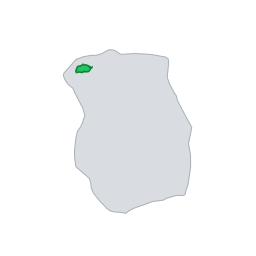 Qomoqomong, Quthing, Lesotho (highlighted), rotated 121°
{"feature_id": "5366337B91724059499872", "entity_name": "Qomoqomong", "entity_type": "district", "adm_level": 2, "iso_a3": "LSO", "parent_name": "Lesotho", "parent_adm1": "Quthing", "projection": "robinson", "projection_center": [27.812, -30.459], "detail": "fine", "context": "in_parent", "style": "filled", "palette": "green", "viewbox_px": 256, "rotation_deg": 121, "n_neighbors": 0, "source": "geoboundaries", "source_scale": "gbopen_adm2", "svg_char_len": 3284}
<svg xmlns="http://www.w3.org/2000/svg" viewBox="0 0 256 256"><g transform="rotate(121 128 128)"><path d="M163.2,167.6L157.0,169.6L156.2,169.7L152.2,169.3L147.0,169.7L142.8,170.8L139.6,171.3L134.3,177.0L124.8,192.4L122.3,195.7L121.5,201.7L119.3,206.5L116.6,210.3L114.0,211.2L106.0,209.7L95.9,207.8L90.0,203.1L84.7,197.0L81.9,192.5L79.0,190.1L78.0,188.7L73.9,186.7L72.3,185.6L70.9,184.8L69.2,181.9L68.3,179.3L68.6,172.1L65.7,167.9L60.7,160.6L57.5,154.6L53.2,146.4L50.5,139.4L47.8,132.2L48.1,129.1L50.7,127.0L58.4,123.3L64.4,120.5L68.7,115.3L73.3,107.7L75.6,103.0L77.9,100.9L80.3,97.6L84.7,90.4L89.5,82.4L94.6,73.7L101.2,71.2L110.0,68.3L118.6,60.8L128.8,54.4L145.3,47.5L152.9,45.8L155.8,44.8L157.7,46.1L159.6,50.0L162.4,53.4L168.9,59.1L171.6,60.5L178.3,69.0L185.5,74.8L193.7,81.6L199.3,84.9L202.1,85.8L204.5,91.8L206.9,96.2L208.2,100.4L207.9,104.4L205.3,114.3L201.5,124.4L198.4,128.6L194.7,131.2L191.1,135.2L189.7,143.3L188.0,152.8L183.2,156.7L179.6,159.3L174.5,162.4L163.2,167.6Z" fill="#d9dde1" stroke="#a8b0b8" stroke-width="1"/><path d="M105.8,202.3L106.0,202.0L106.3,201.8L106.4,201.7L106.5,201.6L106.5,201.4L106.6,201.2L106.8,200.9L106.9,200.7L107.0,200.7L106.9,200.5L106.7,200.3L106.6,200.2L106.4,200.1L106.3,199.9L106.2,199.8L105.9,199.7L105.8,199.4L105.7,199.3L105.5,199.2L105.4,199.1L105.3,198.9L105.2,198.8L105.2,198.7L105.1,198.3L104.9,198.1L104.7,197.9L104.8,197.7L104.8,197.3L104.7,197.2L104.4,196.8L104.4,196.7L104.2,196.3L104.0,196.2L103.9,196.1L103.8,195.9L103.7,195.7L103.6,195.4L103.5,195.5L103.4,195.5L103.1,195.5L103.0,195.4L102.8,195.4L102.7,195.3L102.6,195.2L102.3,195.1L102.2,194.9L102.0,194.7L101.9,194.5L101.8,194.4L101.8,194.1L101.9,193.9L102.0,193.8L102.0,193.7L101.9,193.6L101.7,193.6L101.6,193.4L101.6,193.2L101.6,192.9L101.5,192.7L101.4,192.6L101.2,192.5L101.0,192.4L100.8,192.3L100.8,192.2L100.7,192.1L100.7,191.8L100.6,191.7L100.4,191.4L100.3,191.2L100.2,191.1L99.8,191.0L99.7,190.9L99.4,190.7L99.2,190.6L98.8,190.6L98.7,190.6L98.3,190.5L98.1,190.5L97.9,190.5L97.7,190.5L97.4,190.6L97.1,190.6L96.9,190.6L96.7,190.6L96.1,190.6L95.9,190.4L95.6,190.2L95.4,190.1L95.1,190.1L94.9,190.0L94.6,190.1L94.8,190.2L95.0,190.3L95.2,190.5L95.3,190.7L95.3,190.8L95.2,191.0L95.0,191.3L94.9,191.4L94.9,191.6L94.9,191.8L95.0,191.8L95.1,192.0L95.3,192.1L95.5,192.0L95.6,191.9L95.8,192.0L95.7,192.1L95.7,192.4L95.6,192.5L95.6,192.9L95.5,193.1L95.5,193.3L95.3,193.3L95.2,193.3L95.0,193.5L95.1,193.8L95.1,194.0L95.1,194.3L95.2,194.6L95.2,194.8L95.4,194.9L95.5,195.2L95.5,195.4L95.4,195.7L95.4,195.9L95.4,196.1L95.5,196.5L95.6,196.8L95.7,197.0L96.3,197.4L96.3,197.5L96.4,197.8L96.5,198.1L96.5,198.3L96.5,198.6L96.5,198.8L96.5,199.0L96.4,199.1L96.4,199.3L96.5,199.4L96.8,199.4L96.9,199.5L97.0,199.5L97.4,199.7L97.6,199.8L97.8,199.8L98.1,200.1L98.4,200.2L98.5,200.2L98.6,200.3L98.8,200.5L99.0,200.6L99.1,200.8L99.3,200.8L99.5,200.9L99.7,201.1L99.8,201.2L100.0,201.5L100.1,201.8L100.1,202.0L100.5,202.1L100.7,202.3L100.8,202.3L100.9,202.5L101.0,202.6L101.4,202.8L101.5,202.8L101.9,202.8L102.0,202.8L102.1,202.7L102.4,202.7L102.7,202.8L102.8,202.8L103.0,202.8L103.2,202.7L103.6,202.7L103.8,202.6L104.0,202.6L104.3,202.2L104.5,202.1L104.8,202.1L105.0,202.1L105.3,202.2L105.5,202.2L105.6,202.3L105.8,202.3L105.8,202.3Z" fill="#22c55e" stroke="#15803d" stroke-width="1.5"/></g></svg>